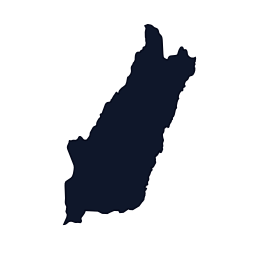 SVG path tracing the border of Atacama, rotated 189°
{"feature_id": "CHL-2696", "entity_name": "Atacama", "entity_type": "Region", "adm_level": 1, "iso_a3": "CHL", "parent_name": "Chile", "parent_adm1": "", "projection": "equal_earth", "projection_center": [-70.184, -27.52], "detail": "fine", "context": "isolated", "style": "filled", "palette": "ink", "viewbox_px": 256, "rotation_deg": 189, "n_neighbors": 0, "source": "natural_earth", "source_scale": "10m", "svg_char_len": 5735}
<svg xmlns="http://www.w3.org/2000/svg" viewBox="0 0 256 256"><g transform="rotate(189 128 128)"><path d="M176.2,22.9L174.3,29.9L174.2,31.7L174.2,32.6L174.4,33.4L175.7,35.3L176.1,36.3L175.6,37.1L175.9,38.1L175.9,39.3L175.9,40.6L176.6,41.8L177.3,42.7L177.8,43.8L178.1,45.0L178.5,48.9L180.9,61.1L181.2,63.5L180.8,65.2L176.3,69.4L175.2,71.1L174.8,72.7L174.5,74.6L174.5,78.4L174.7,80.8L175.3,82.8L176.3,84.6L177.4,86.5L184.1,97.9L184.6,99.2L184.7,100.6L184.5,101.4L184.0,103.2L183.8,104.1L183.7,104.6L183.8,105.8L183.7,106.2L183.4,106.2L182.4,106.1L182.0,106.2L180.5,107.0L179.7,107.2L177.9,107.3L177.1,107.7L176.3,108.3L175.7,109.1L175.2,110.2L175.0,111.1L174.6,111.7L173.8,111.9L172.4,111.2L171.2,110.0L170.0,109.1L168.4,109.0L167.1,109.4L166.6,109.7L166.1,110.5L164.6,113.4L164.3,114.5L164.2,115.3L164.3,117.2L164.1,118.0L162.4,122.7L162.0,123.4L161.4,123.9L160.2,124.7L159.6,125.2L159.4,125.8L159.2,126.4L159.3,127.0L159.4,127.7L159.3,128.8L158.9,130.1L158.0,132.4L157.7,132.8L156.9,133.8L156.7,134.3L156.6,135.0L156.8,135.6L157.1,136.2L157.3,136.9L157.1,137.3L156.1,137.8L155.8,138.1L155.5,138.7L155.2,140.5L153.8,147.6L153.2,148.9L152.3,149.7L150.2,150.4L149.6,150.7L149.2,151.2L148.8,151.9L148.8,152.3L148.9,152.6L148.9,152.9L148.2,153.7L146.9,157.3L146.1,158.8L145.3,160.7L145.0,161.2L144.5,161.0L143.8,160.4L143.1,160.0L142.6,160.5L142.2,163.0L141.9,163.8L140.4,166.1L138.5,168.0L136.8,169.9L136.8,170.1L136.2,172.7L136.1,177.7L135.9,178.2L135.7,178.3L135.4,178.4L135.2,178.7L134.4,179.9L133.7,181.3L133.3,182.8L133.2,184.4L133.4,185.5L133.9,187.5L134.0,188.5L133.9,189.3L132.9,191.5L132.8,191.9L132.8,192.3L132.8,192.7L132.6,193.1L132.2,193.7L131.8,194.4L131.6,195.3L131.4,196.3L131.4,197.2L131.6,198.1L131.8,200.5L131.7,201.7L131.5,202.7L130.9,203.7L130.1,204.2L128.3,204.5L127.7,204.8L127.6,205.1L127.6,205.4L127.4,206.0L127.0,206.4L126.1,207.1L125.5,207.7L125.3,207.8L125.2,207.9L125.0,208.2L125.0,208.4L125.5,209.0L125.5,209.4L125.3,209.8L125.0,210.2L124.6,210.4L124.3,210.6L123.5,211.1L123.2,212.0L123.1,214.3L123.1,215.1L123.4,215.7L123.7,216.4L123.9,217.0L124.3,219.4L124.5,219.9L124.8,220.4L124.9,220.9L125.7,225.4L125.7,226.8L125.6,228.2L125.6,229.2L125.9,230.1L126.8,231.0L127.1,231.7L126.4,232.0L125.2,232.8L124.8,233.0L124.5,233.1L121.5,233.0L120.7,232.7L119.8,232.3L118.8,231.6L118.0,231.1L115.0,230.4L114.1,229.7L113.5,228.8L112.8,227.1L112.5,226.4L112.1,225.9L109.8,224.0L109.1,223.0L108.7,222.0L108.2,220.3L105.3,206.4L104.5,203.6L104.0,202.9L103.4,202.4L101.1,201.5L100.4,201.4L99.8,201.4L99.3,201.8L99.1,202.2L99.0,202.6L98.9,203.2L98.7,204.0L98.4,204.6L97.9,205.2L96.8,205.7L92.5,206.8L91.3,207.3L90.5,207.8L90.3,208.2L90.2,208.8L89.6,212.7L89.3,213.7L88.8,215.0L88.4,215.8L87.8,216.2L87.0,216.2L86.4,215.6L86.1,215.2L86.0,214.8L85.9,214.4L85.7,214.1L85.5,213.8L85.3,213.7L84.9,213.8L83.8,214.1L83.2,214.1L82.6,213.8L82.1,213.0L81.7,212.2L81.1,210.1L80.8,209.5L80.3,208.9L79.8,208.3L79.2,207.9L77.8,207.1L76.8,206.9L75.9,206.8L73.8,207.2L72.6,208.0L72.3,207.1L72.3,204.8L72.2,204.6L72.2,204.4L72.3,204.1L72.4,203.8L72.6,203.4L72.7,203.2L72.7,202.5L72.4,202.2L72.2,201.9L72.0,201.4L72.1,201.0L72.4,200.3L72.5,199.8L72.0,197.7L72.1,197.0L72.0,196.8L71.5,197.1L71.3,195.3L71.6,193.0L72.4,190.9L73.5,190.0L74.1,189.8L75.4,189.1L75.8,188.7L76.2,187.8L76.6,186.0L77.0,185.2L78.4,183.7L78.9,182.9L79.4,180.3L79.4,179.7L79.2,179.4L78.8,179.0L78.5,178.6L78.4,178.1L78.7,177.6L79.4,177.2L80.0,176.6L80.3,175.7L80.0,174.0L80.1,173.6L80.4,173.4L80.7,173.4L81.0,173.4L81.3,173.3L82.1,172.2L82.9,170.3L83.4,168.2L83.4,166.6L83.2,165.7L83.0,165.4L82.8,165.2L82.7,165.0L82.9,164.6L83.4,163.8L83.5,163.0L83.8,161.2L83.9,157.9L83.8,156.9L83.4,155.6L83.6,155.1L83.9,154.7L84.1,154.2L84.3,153.5L84.6,148.7L84.8,147.6L85.1,146.6L85.3,146.3L85.5,146.1L85.8,145.8L86.0,145.3L85.8,144.3L85.7,143.6L85.9,143.3L86.3,143.2L86.4,142.9L86.5,142.4L86.5,141.9L86.6,140.9L87.4,139.2L87.7,138.2L87.9,137.2L87.9,136.1L88.0,135.5L88.3,135.1L88.5,135.0L88.7,135.4L88.9,135.7L90.4,135.2L91.1,135.3L91.3,134.7L91.5,134.2L91.9,133.8L92.2,133.6L92.5,133.4L92.5,132.8L92.3,131.7L92.3,129.7L93.1,127.8L93.2,127.3L93.1,126.2L92.7,124.9L92.3,123.7L91.3,121.6L91.3,120.6L91.6,119.5L91.7,118.1L91.5,117.3L91.2,116.4L91.0,115.6L91.3,114.2L91.2,113.7L90.8,112.9L90.7,112.6L90.7,112.0L90.8,111.7L91.2,110.3L91.2,109.9L91.4,109.4L91.8,109.1L92.3,109.1L92.5,109.6L92.6,110.2L92.9,110.3L93.2,110.2L93.4,110.1L93.9,109.6L94.0,109.3L93.9,108.9L93.9,108.4L94.1,108.0L94.4,107.8L94.6,107.4L94.6,107.0L94.7,106.3L94.8,106.2L95.0,106.4L95.2,106.5L95.8,106.3L95.8,105.9L95.7,105.5L95.6,105.2L95.9,104.8L96.6,104.2L96.8,103.9L96.7,103.0L96.1,100.8L96.2,100.3L96.2,100.1L95.6,98.7L95.5,98.1L95.6,97.7L96.9,94.0L97.2,93.5L97.4,93.3L98.2,92.7L98.8,92.2L98.2,91.3L98.0,90.9L97.9,90.5L98.0,90.0L98.3,89.5L98.8,89.0L99.0,88.5L99.0,88.0L99.4,85.5L100.1,83.6L100.2,82.5L99.7,80.9L99.7,80.0L100.0,79.1L100.3,78.7L100.4,78.3L100.4,77.9L100.4,77.3L100.3,76.8L100.0,75.7L99.9,75.3L100.2,74.9L101.1,74.9L101.4,73.6L102.4,72.8L101.9,71.6L100.5,71.1L100.8,69.8L101.4,69.3L101.7,67.9L101.5,67.1L101.1,66.3L101.1,65.0L100.9,64.3L101.1,63.8L101.2,63.0L101.4,61.4L101.3,60.1L101.4,59.7L101.5,59.3L101.9,59.0L102.1,58.8L102.2,58.0L102.5,57.9L105.1,52.9L110.6,48.3L113.3,48.0L115.1,48.4L119.5,44.2L122.8,43.4L124.2,45.2L128.9,44.6L132.9,42.1L135.0,40.5L140.1,39.9L144.6,41.4L157.4,40.0L157.6,38.9L157.8,38.0L158.0,37.2L159.4,34.2L160.3,32.7L160.5,31.9L160.5,31.4L160.5,30.9L160.4,30.5L160.3,30.3L160.0,29.8L159.8,29.4L159.6,28.8L159.7,28.3L159.9,27.7L160.1,27.4L160.3,27.3L162.8,27.2L164.4,26.8L165.4,26.7L166.2,26.8L167.9,27.2L169.1,27.3L170.4,27.1L171.4,26.7L172.2,26.2L174.0,24.1L174.9,23.4L175.4,23.1L176.2,22.9L176.2,22.9Z" fill="#0f172a" stroke="#020617" stroke-width="1.5"/></g></svg>